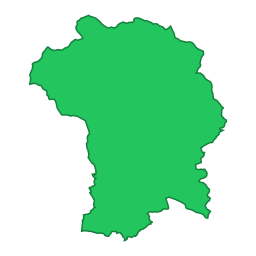 Vorta, Hunedoara, Romania
{"feature_id": "2599482B10924602672216", "entity_name": "Vorta", "entity_type": "district", "adm_level": 2, "iso_a3": "ROU", "parent_name": "Romania", "parent_adm1": "Hunedoara", "projection": "robinson", "projection_center": [22.662, 46.052], "detail": "fine", "context": "isolated", "style": "filled", "palette": "green", "viewbox_px": 256, "rotation_deg": 0, "n_neighbors": 0, "source": "geoboundaries", "source_scale": "gbopen_adm2", "svg_char_len": 5718}
<svg xmlns="http://www.w3.org/2000/svg" viewBox="0 0 256 256"><path d="M207.7,218.1L208.0,216.8L208.2,214.8L209.0,213.6L210.5,211.3L208.9,210.4L208.6,209.9L207.3,209.6L206.4,208.4L205.7,206.9L205.3,206.0L205.7,204.4L206.3,203.6L206.9,202.7L207.2,202.6L208.1,201.2L209.2,200.9L210.2,198.2L209.2,197.5L209.0,197.0L208.1,197.0L207.7,196.7L207.5,194.8L207.8,193.7L208.7,192.7L209.2,191.9L209.5,190.1L208.8,188.7L207.2,187.5L207.0,186.8L206.4,185.7L205.2,184.3L203.8,183.3L203.6,182.9L202.9,182.9L202.0,182.5L200.2,182.2L199.0,181.7L198.9,181.5L199.7,180.0L200.4,179.0L203.0,178.3L205.4,177.1L206.3,176.3L206.7,175.5L206.8,174.5L207.1,173.8L206.9,172.8L206.6,172.0L205.4,170.6L205.0,169.6L204.6,169.2L204.3,169.2L202.3,169.8L201.7,169.2L200.5,169.3L198.6,169.6L197.8,169.6L196.8,169.3L196.1,168.4L195.9,167.9L195.8,167.4L195.9,166.3L195.6,164.4L200.8,162.8L201.2,162.2L200.8,158.5L201.6,157.7L203.0,156.8L204.0,155.4L204.1,154.1L204.5,152.5L203.4,152.4L202.9,152.5L202.6,152.5L201.6,150.9L201.5,149.8L200.9,147.8L201.0,147.5L202.4,147.1L203.5,145.9L209.1,143.0L209.8,142.7L212.2,142.5L212.7,142.2L213.6,140.3L214.7,139.1L215.7,138.4L216.1,137.7L216.1,136.8L217.9,135.4L219.0,134.3L219.2,133.1L219.6,132.4L220.2,131.7L223.0,130.3L221.6,129.9L220.0,129.6L219.7,128.4L220.4,128.1L222.9,127.6L223.9,126.7L224.5,125.5L224.8,123.3L225.5,122.6L226.2,121.8L226.4,121.5L226.0,119.8L224.4,119.0L221.7,115.9L221.3,114.5L221.8,113.1L221.5,111.8L222.0,109.1L223.3,108.0L223.2,107.6L221.6,106.6L220.3,104.5L216.6,100.2L215.3,99.8L213.5,98.7L213.1,96.4L212.8,93.4L212.5,92.8L212.2,92.0L211.5,90.2L212.0,87.2L212.0,85.5L211.1,83.0L210.4,81.8L207.3,80.1L205.3,78.6L204.1,76.4L202.9,75.0L201.9,74.3L200.4,73.1L199.6,73.1L197.0,72.9L196.1,73.0L196.9,71.7L197.9,69.2L198.8,67.8L199.7,67.3L200.6,65.3L200.6,64.4L199.9,63.7L200.2,62.1L201.0,58.4L201.7,57.1L203.5,54.6L203.4,51.3L197.5,48.7L196.1,47.4L193.7,44.2L192.2,42.7L190.2,41.9L186.5,42.2L180.6,40.8L177.3,38.5L175.1,38.0L174.2,33.9L170.5,26.1L168.5,28.2L166.6,29.4L165.0,29.5L164.2,28.3L163.0,27.1L159.3,25.8L158.6,25.2L157.9,24.3L156.1,23.8L152.3,23.9L151.9,22.9L147.7,21.1L144.3,20.5L138.7,18.0L136.7,18.0L135.5,18.1L134.6,18.4L134.2,18.9L133.9,19.4L134.0,20.6L133.2,21.9L132.6,22.2L131.0,22.5L130.6,22.4L129.3,22.3L126.7,23.4L123.3,22.1L122.4,22.3L121.7,22.8L120.0,23.4L118.2,24.6L117.0,26.3L115.3,27.6L113.1,27.7L111.4,27.1L108.5,28.0L106.6,27.3L103.9,25.6L101.8,23.9L100.0,21.8L96.4,18.6L94.4,17.6L90.0,16.3L89.0,15.4L85.2,16.7L82.9,17.9L81.7,17.8L80.4,19.0L79.5,20.0L77.4,21.2L77.0,22.3L77.3,24.5L75.9,27.1L76.4,29.7L77.8,31.8L80.1,34.2L81.7,36.1L82.8,38.0L81.5,39.0L77.6,40.2L75.3,39.4L71.3,42.4L68.7,46.5L66.2,47.8L64.7,48.1L63.4,49.3L61.7,50.2L60.0,49.9L57.8,49.6L54.8,50.5L52.3,49.9L50.8,49.3L48.5,47.3L47.5,47.1L42.6,53.3L41.9,57.7L38.0,61.5L34.5,62.4L32.7,63.5L32.3,64.2L33.0,65.5L32.3,67.9L32.5,68.7L31.5,70.7L29.9,74.6L29.9,75.2L30.7,78.5L30.3,81.3L30.0,82.8L29.6,83.5L29.9,84.4L32.8,83.5L35.9,83.5L38.6,85.2L41.2,85.6L42.9,88.7L46.9,91.2L47.0,95.1L48.4,96.2L48.8,98.7L50.1,99.6L51.5,99.2L54.5,99.4L55.9,102.0L57.4,108.5L61.7,114.9L67.7,115.0L70.6,116.1L73.3,115.5L77.4,116.3L85.4,120.7L88.1,128.7L89.1,131.8L89.4,133.9L87.8,135.8L87.2,137.7L87.7,140.7L87.3,142.6L86.5,143.4L86.6,145.1L86.9,146.3L86.9,147.7L87.6,149.2L87.8,150.0L88.1,150.5L88.3,152.0L88.7,153.0L88.8,154.4L88.6,156.0L88.3,157.3L88.3,157.9L89.2,158.7L89.2,159.1L90.2,160.7L90.6,161.1L90.8,161.5L91.8,162.7L92.1,163.0L92.1,163.3L94.0,164.3L94.0,164.8L94.7,165.8L94.8,166.5L95.1,167.1L95.2,168.0L95.4,168.8L95.9,169.5L96.0,169.9L95.7,170.7L96.1,172.4L96.3,172.8L96.2,173.5L94.8,173.6L94.9,174.9L94.5,175.0L93.8,174.3L93.2,174.0L92.2,174.3L93.3,176.7L94.2,177.3L94.6,177.9L95.7,178.0L96.0,178.5L95.0,179.3L94.5,179.9L94.1,181.7L94.2,182.7L94.7,184.0L94.9,184.8L94.8,185.3L93.5,185.9L93.2,186.2L92.0,186.4L91.4,187.3L89.7,187.4L89.3,187.6L89.3,187.9L89.4,188.6L89.6,189.0L90.3,189.1L90.3,189.8L90.6,189.9L90.8,190.2L90.6,191.0L90.9,191.7L91.3,192.0L91.3,192.3L90.9,192.5L90.0,192.6L89.8,192.9L91.2,195.0L91.8,195.5L92.1,196.0L92.3,196.8L93.0,197.7L94.4,200.5L94.4,201.0L94.0,202.8L93.6,204.8L93.7,205.4L95.0,207.2L94.0,207.5L93.0,209.0L92.3,209.7L90.9,210.7L90.5,211.1L90.6,212.2L90.4,212.9L88.0,214.1L83.5,214.8L83.7,215.5L83.7,216.2L83.6,218.8L83.2,219.6L82.5,220.2L82.3,220.7L82.5,220.9L82.6,221.3L82.7,221.6L82.5,221.9L82.6,222.3L81.6,231.2L84.5,230.7L86.2,230.9L86.9,230.7L87.2,230.9L88.8,231.2L89.2,231.4L89.7,231.3L91.3,231.4L92.1,231.7L93.1,232.0L93.8,232.3L94.2,232.2L96.7,233.2L98.3,233.2L101.0,233.1L102.0,233.1L103.0,233.6L103.6,233.5L104.5,234.3L104.7,235.1L105.4,235.6L107.6,236.4L108.7,236.2L109.0,235.9L109.8,234.6L110.4,234.0L110.8,233.7L110.9,233.3L111.5,232.2L111.7,231.8L112.3,231.3L114.7,231.6L115.9,231.5L116.2,231.5L116.6,232.1L116.6,233.1L116.8,233.3L118.0,232.9L119.9,232.5L120.3,232.8L120.7,233.5L121.9,234.6L122.3,235.2L122.9,236.7L124.1,237.5L124.5,238.1L124.6,239.9L124.4,240.6L125.0,240.5L125.7,240.1L127.2,238.9L127.3,237.2L127.9,236.8L128.9,236.6L131.6,237.3L133.1,236.7L134.6,235.6L135.5,236.3L137.4,234.3L137.4,233.2L139.7,230.5L140.3,230.5L140.6,229.8L141.6,229.4L142.9,229.1L146.3,226.8L147.4,225.6L148.7,224.4L150.5,224.1L151.0,223.9L150.9,222.6L152.1,222.4L152.0,221.8L151.0,221.9L149.4,219.5L148.9,217.9L149.5,216.6L148.6,214.9L147.2,213.5L148.5,212.6L150.3,211.6L152.3,212.2L154.0,211.8L155.8,212.0L157.5,212.0L161.0,211.1L163.0,209.3L164.5,208.9L166.2,209.0L168.1,208.9L168.6,208.1L168.0,205.0L166.8,201.6L165.9,198.3L167.8,197.5L169.1,197.2L173.8,198.8L180.0,201.4L183.6,203.5L185.3,204.8L186.1,208.0L187.6,208.9L190.0,209.4L192.6,210.2L195.1,211.8L196.2,212.3L201.3,213.5L203.4,214.6L205.7,217.8L207.7,218.1Z" fill="#22c55e" stroke="#15803d" stroke-width="1.5"/></svg>